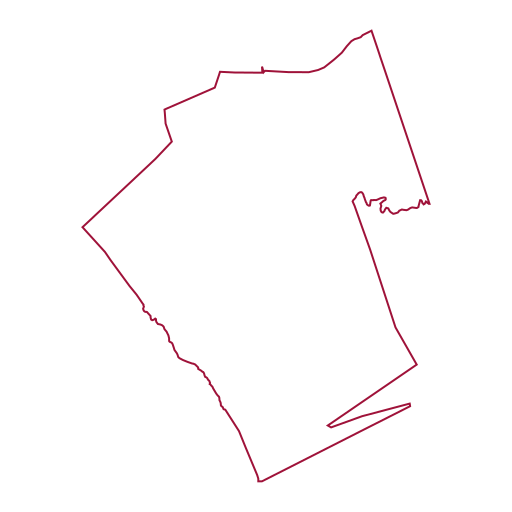 Santo Tomás Tamazulapan, Oaxaca, Mexico (Equal Earth projection)
{"feature_id": "50627088B4613944542165", "entity_name": "Santo Tomás Tamazulapan", "entity_type": "district", "adm_level": 2, "iso_a3": "MEX", "parent_name": "Mexico", "parent_adm1": "Oaxaca", "projection": "equal_earth", "projection_center": [-96.577, 16.24], "detail": "fine", "context": "isolated", "style": "outline", "palette": "rose", "viewbox_px": 512, "rotation_deg": 0, "n_neighbors": 0, "source": "geoboundaries", "source_scale": "gbopen_adm2", "svg_char_len": 3167}
<svg xmlns="http://www.w3.org/2000/svg" viewBox="0 0 512 512"><path d="M429.5,203.8L384.9,70.6L380.2,56.7L379.4,54.2L376.8,46.4L371.5,30.7L362.7,35.1L360.7,37.2L357.3,38.4L354.5,39.2L353.1,40.1L352.4,40.5L351.3,41.2L348.6,44.2L346.8,46.2L341.8,52.7L335.4,58.4L333.9,59.7L324.2,67.4L318.1,70.0L308.8,72.2L288.1,72.1L265.0,70.8L263.6,72.3L262.4,67.7L262.0,66.6L262.3,71.6L262.4,72.7L234.4,72.5L220.0,71.8L219.0,75.0L214.8,87.6L166.4,108.7L164.5,109.6L164.8,112.7L165.6,123.6L171.8,141.6L155.3,159.0L126.5,186.0L82.5,227.2L105.0,252.0L110.4,259.9L112.0,262.1L129.6,286.1L136.6,294.7L142.6,303.5L143.5,304.6L143.4,305.3L143.9,306.6L143.1,308.8L143.6,310.3L144.2,311.2L145.3,311.9L146.6,311.9L147.1,312.1L147.9,313.1L149.2,314.5L150.1,315.5L150.6,316.1L150.5,317.1L151.1,319.5L152.2,320.2L153.8,319.7L155.2,318.6L156.0,319.2L156.0,320.6L156.4,322.0L157.9,324.0L160.4,324.5L162.2,325.3L163.6,326.6L164.5,329.2L166.6,331.7L167.4,333.4L168.4,335.4L169.1,338.3L169.1,339.9L169.2,341.2L169.7,341.8L171.3,342.5L172.1,343.2L172.7,344.4L173.2,345.9L173.7,347.4L174.0,348.3L174.4,349.8L175.0,350.7L176.8,353.2L177.5,354.6L177.8,355.6L178.3,357.1L179.5,358.2L182.9,360.0L187.3,361.8L192.1,363.5L193.4,363.7L195.2,364.5L198.1,367.4L198.2,368.9L200.9,370.5L201.6,371.0L202.3,371.7L202.7,371.9L203.3,372.1L203.8,372.9L204.2,373.9L204.4,374.8L204.7,375.8L205.3,377.0L206.3,377.3L207.2,378.1L207.8,379.3L208.2,379.9L209.3,380.9L209.7,382.0L210.0,382.6L209.8,383.1L210.0,383.5L209.9,383.8L209.8,384.1L210.1,384.2L210.6,384.7L211.1,385.4L211.8,386.1L212.4,386.7L213.2,388.5L214.0,389.8L214.4,390.6L214.8,391.1L215.5,392.4L216.4,393.8L217.7,395.5L218.9,396.6L219.3,397.7L219.5,400.3L220.2,401.6L220.7,403.0L220.8,404.2L220.9,405.3L221.2,405.9L221.8,406.4L222.7,407.1L223.6,409.2L225.3,409.7L239.0,431.1L245.9,448.1L257.2,475.1L258.3,478.7L258.3,481.3L262.0,481.3L359.7,431.7L410.1,406.2L409.8,404.1L409.7,403.6L362.1,416.2L331.1,427.4L327.8,425.5L353.5,407.9L416.7,364.6L395.5,327.4L370.1,249.5L361.8,226.3L354.6,205.9L352.6,201.4L353.3,200.1L354.8,198.6L355.8,197.3L356.3,195.6L357.6,194.2L358.5,193.1L360.2,192.2L361.5,192.2L362.2,192.7L363.3,194.4L363.8,196.3L364.5,197.9L364.9,199.4L365.4,200.6L365.9,202.1L366.4,202.7L366.9,204.3L367.4,204.8L368.4,205.5L368.8,205.7L369.4,205.7L369.9,205.5L370.0,205.0L370.3,203.2L370.4,202.4L370.7,200.6L371.1,200.1L373.3,200.2L373.7,200.0L376.2,200.1L377.2,199.7L378.4,199.2L379.6,198.6L380.8,198.1L382.3,197.8L383.9,197.4L384.8,197.6L385.5,197.8L385.7,198.3L385.7,199.5L385.3,200.0L384.3,200.5L383.5,200.9L382.5,201.7L382.2,202.1L381.1,202.9L380.9,203.4L380.4,203.6L381.3,205.9L380.5,208.6L380.7,210.6L381.6,212.2L382.9,212.6L384.3,211.2L385.0,209.5L386.3,207.8L388.3,208.4L389.0,209.9L389.6,210.9L390.5,212.0L393.2,213.8L394.4,213.6L396.8,212.9L398.0,212.4L399.3,210.7L401.9,209.5L403.3,209.8L406.5,210.2L407.9,209.7L410.4,208.0L412.2,207.4L413.6,207.6L415.0,207.8L416.3,208.0L417.3,207.8L418.5,206.9L418.6,205.9L419.7,201.8L420.1,200.2L421.0,200.2L421.9,201.2L422.3,202.9L423.0,203.5L423.6,204.4L424.6,203.9L425.3,202.7L425.9,201.5L426.8,202.1L427.5,203.0L428.1,203.2L428.7,203.8L429.5,203.8Z" fill="none" stroke="#9f1239" stroke-width="2"/></svg>